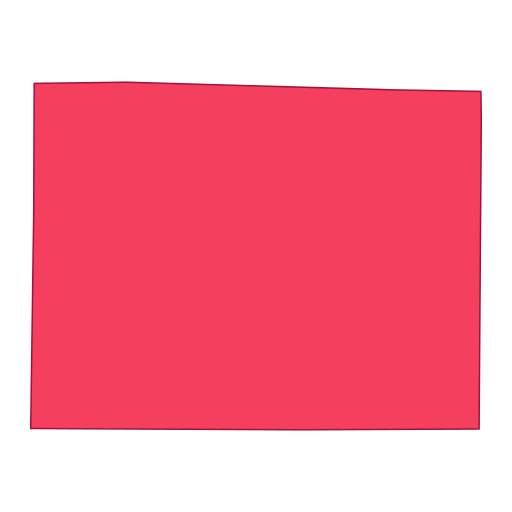 Wayne, Illinois, United States of America (Robinson projection)
{"feature_id": "52423323B46335628261152", "entity_name": "Wayne", "entity_type": "district", "adm_level": 2, "iso_a3": "USA", "parent_name": "United States of America", "parent_adm1": "Illinois", "projection": "robinson", "projection_center": [-88.446, 38.431], "detail": "fine", "context": "isolated", "style": "filled", "palette": "rose", "viewbox_px": 512, "rotation_deg": 0, "n_neighbors": 0, "source": "geoboundaries", "source_scale": "gbopen_adm2", "svg_char_len": 244}
<svg xmlns="http://www.w3.org/2000/svg" viewBox="0 0 512 512"><path d="M30.7,428.5L300.7,429.8L479.1,429.0L481.3,119.9L480.9,91.4L395.1,89.9L126.7,82.2L34.2,83.4L33.7,212.9L30.7,428.5Z" fill="#f43f5e" stroke="#9f1239" stroke-width="1.5"/></svg>